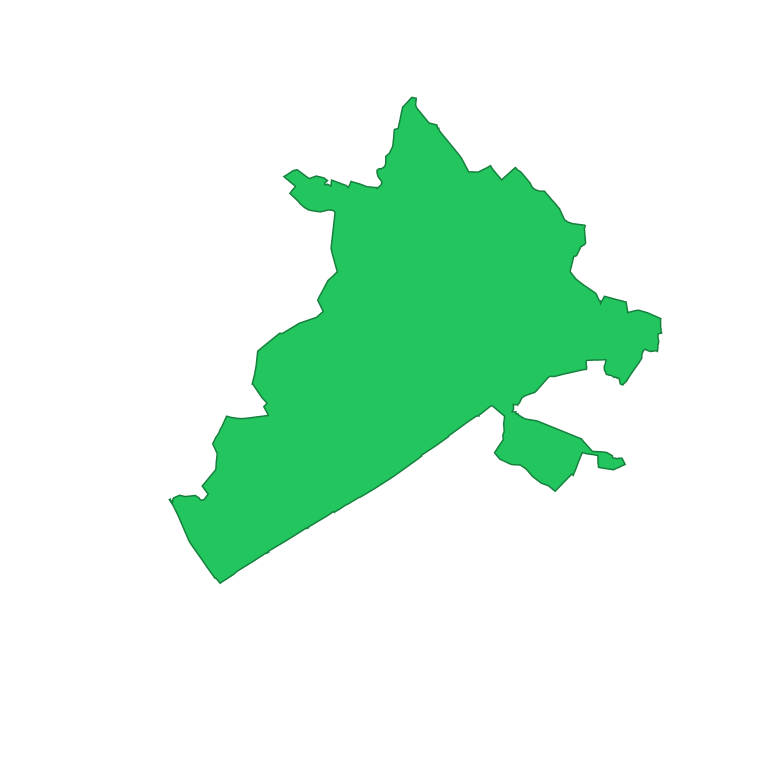 the district of Saldus pag., Saldus, Latvia, rotated 318°
{"feature_id": "27541924B25012386790133", "entity_name": "Saldus pag.", "entity_type": "district", "adm_level": 2, "iso_a3": "LVA", "parent_name": "Latvia", "parent_adm1": "Saldus", "projection": "albers", "projection_center": [22.463, 56.704], "detail": "fine", "context": "isolated", "style": "filled", "palette": "green", "viewbox_px": 768, "rotation_deg": 318, "n_neighbors": 0, "source": "geoboundaries", "source_scale": "gbopen_adm2", "svg_char_len": 6123}
<svg xmlns="http://www.w3.org/2000/svg" viewBox="0 0 768 768"><g transform="rotate(318 384 384)"><path d="M465.0,177.4L462.9,166.8L460.4,165.2L460.3,165.4L459.5,164.9L458.5,164.5L454.0,163.9L448.4,162.9L449.2,168.8L450.5,178.0L450.3,178.1L447.5,178.4L446.7,178.4L441.6,179.4L441.7,180.4L442.5,190.4L442.3,194.2L442.5,195.1L442.9,199.2L443.4,201.0L444.4,203.6L444.2,203.7L446.0,206.4L449.7,211.0L451.9,213.4L451.9,213.5L459.1,217.4L462.5,221.2L462.4,223.8L435.5,247.7L432.8,252.4L425.9,266.3L424.3,269.4L420.4,269.4L419.7,269.7L412.1,269.6L411.6,269.7L402.0,273.1L401.5,273.4L394.9,275.6L390.8,277.4L387.4,289.4L378.4,289.3L361.5,282.1L355.9,281.1L342.1,278.4L340.5,276.5L326.5,275.7L312.1,275.1L301.1,285.0L293.0,291.2L286.0,295.8L286.5,296.3L286.2,297.9L285.1,305.6L284.2,312.2L284.2,319.6L284.0,320.0L283.3,320.2L279.5,320.4L277.5,328.7L276.9,329.9L273.1,327.3L261.0,318.9L257.3,316.3L254.5,314.0L251.4,310.7L248.0,306.5L245.5,302.6L235.2,307.1L232.1,308.1L228.3,310.0L223.1,311.2L221.1,312.1L216.9,313.7L216.7,313.8L213.6,323.8L213.2,324.3L212.9,324.6L211.9,325.5L209.6,327.7L208.3,328.7L201.7,335.1L194.7,336.1L180.6,338.2L179.6,348.1L173.1,349.5L170.5,348.2L170.0,346.9L170.4,345.3L169.2,340.6L161.0,334.7L157.6,329.9L151.6,327.9L150.6,328.0L147.2,330.8L148.1,326.4L147.1,326.3L146.0,333.1L144.5,338.7L142.4,345.8L140.9,350.0L134.8,368.1L134.2,369.9L133.6,372.8L133.1,376.2L131.1,393.1L131.0,393.6L130.4,398.4L129.8,403.2L128.4,415.3L128.8,415.8L129.2,416.2L128.9,422.5L130.1,422.5L144.4,424.8L149.6,424.9L170.7,428.7L171.1,428.7L183.6,430.7L183.5,431.3L186.1,431.8L186.2,430.9L207.1,435.1L230.2,439.1L230.0,439.8L231.9,440.4L232.2,439.7L253.3,443.9L261.1,445.0L261.1,445.7L261.1,446.1L261.3,446.1L265.6,446.9L266.5,447.2L273.4,448.1L276.9,449.1L282.3,450.2L289.0,451.4L290.4,452.1L294.0,452.9L305.1,455.1L325.5,458.5L329.5,459.1L359.0,462.4L363.5,462.7L363.8,462.0L367.5,462.5L383.0,464.8L396.6,466.3L397.2,465.8L421.8,468.3L431.3,469.7L433.0,471.1L433.0,470.7L437.8,471.1L448.9,471.8L449.6,472.7L450.0,473.5L450.1,474.2L451.0,480.7L451.3,483.0L452.0,488.0L452.0,488.6L450.3,490.3L446.1,493.8L443.8,497.0L441.1,500.1L439.4,500.7L437.7,501.9L436.7,503.5L435.2,505.2L427.8,507.0L420.3,509.0L420.1,509.4L419.8,517.4L424.4,528.2L425.0,529.2L426.2,530.6L429.2,533.4L431.1,535.6L432.7,541.9L432.7,546.1L432.5,552.2L434.6,563.2L438.1,569.5L439.4,578.2L463.3,576.6L463.4,578.5L470.9,574.9L475.7,572.4L481.9,569.3L485.5,567.7L488.4,572.1L492.5,576.8L495.1,580.4L491.7,584.1L489.8,586.5L489.7,586.9L487.8,589.2L487.7,589.6L493.7,597.1L496.4,600.4L496.6,600.6L496.8,601.1L499.6,602.0L502.7,603.1L506.8,604.3L509.4,605.1L510.0,603.1L511.2,598.4L510.2,597.5L510.2,597.4L508.2,595.8L507.4,595.6L507.0,595.4L506.7,594.7L504.4,591.6L505.6,590.3L505.7,590.0L505.7,589.8L503.5,583.6L500.7,580.5L493.8,573.5L493.8,565.2L493.8,562.0L493.7,561.4L494.0,556.9L473.1,514.0L472.1,512.6L470.6,510.8L465.8,504.8L464.1,500.6L464.3,500.3L463.4,497.9L463.4,497.7L463.1,496.6L463.6,496.0L462.0,494.2L463.4,493.1L460.7,490.3L463.4,489.4L466.1,486.3L466.3,485.8L466.6,486.2L469.2,488.6L469.3,488.8L469.3,489.1L470.5,488.6L471.2,488.7L472.1,488.6L472.5,488.5L475.4,487.2L477.4,486.6L480.8,487.1L487.9,489.9L489.8,490.9L491.0,491.1L492.4,491.1L508.8,489.2L509.3,489.0L512.4,489.3L515.7,492.5L524.2,496.9L537.0,504.1L542.5,507.2L544.1,508.6L544.4,508.5L545.3,507.6L546.6,506.2L546.5,505.8L546.7,505.6L547.1,505.2L548.5,503.4L549.6,502.4L550.2,502.1L550.6,502.2L554.7,505.6L557.0,507.4L557.6,507.9L557.7,508.3L558.2,508.6L562.8,512.5L563.2,512.8L565.1,514.4L564.4,515.2L561.9,517.1L559.4,518.3L557.5,520.6L556.9,521.5L556.8,522.8L556.2,524.4L556.1,525.1L555.9,525.3L555.9,526.1L556.8,527.0L557.0,527.8L558.5,529.5L558.9,530.3L559.1,532.2L559.6,533.2L560.1,533.3L560.8,533.7L561.0,534.1L560.8,534.3L560.8,535.0L561.3,535.8L562.0,535.8L562.4,536.5L562.4,537.1L562.0,537.5L562.0,537.9L561.5,538.7L560.8,540.0L559.7,542.2L560.8,544.5L561.2,544.3L566.7,544.1L567.8,543.6L573.0,542.2L576.9,541.2L587.7,538.8L592.9,537.3L593.9,536.0L596.2,534.1L597.5,533.5L599.5,532.7L601.5,533.0L601.8,534.3L603.5,537.8L603.7,538.1L608.6,541.4L609.0,542.7L611.8,540.4L612.7,539.2L613.7,538.4L614.4,538.0L616.3,536.5L617.1,535.6L617.6,534.5L618.6,532.9L620.0,531.4L620.6,530.8L621.4,530.4L622.6,530.9L624.4,531.9L625.4,529.9L626.2,529.1L627.0,528.0L627.4,527.1L628.5,525.9L630.0,524.1L632.5,521.4L633.4,520.6L627.6,507.6L622.5,499.4L619.4,497.4L612.9,494.0L613.6,493.2L616.0,489.3L618.8,485.1L617.4,483.3L616.8,482.0L614.0,478.0L606.5,466.3L598.9,469.1L600.4,467.0L600.0,466.7L599.8,466.2L600.4,463.9L601.9,459.2L601.9,457.6L598.7,444.5L597.5,438.4L597.0,435.3L596.9,434.2L596.9,432.8L597.0,432.8L597.5,425.0L610.5,416.1L610.9,416.5L612.3,417.3L613.7,417.2L622.2,413.7L626.0,414.6L628.2,414.1L636.8,402.7L639.6,400.9L639.4,400.3L633.4,393.3L631.3,390.9L629.1,386.8L628.5,384.4L628.0,382.9L631.4,372.1L631.7,371.4L631.7,371.2L631.7,369.1L631.8,366.7L632.0,365.4L631.9,364.3L631.9,363.8L632.0,362.5L632.0,361.1L631.9,359.6L632.0,357.3L632.1,351.4L632.2,349.3L632.3,348.3L632.2,348.0L628.4,344.5L628.3,344.4L627.9,343.6L626.3,340.3L626.2,339.9L625.8,336.9L627.0,332.6L627.3,326.9L627.6,318.5L627.5,317.9L626.5,314.1L626.5,313.8L626.6,311.2L626.2,311.0L608.0,311.0L608.4,297.9L608.8,295.4L609.2,293.0L606.4,292.5L595.7,289.5L588.9,283.0L592.6,268.4L592.8,266.7L593.1,264.3L593.6,253.3L593.9,247.1L594.3,238.1L594.6,233.2L595.1,231.8L595.8,230.5L595.0,230.0L596.6,226.9L592.1,220.1L593.0,200.9L594.2,197.8L599.1,193.3L596.7,189.8L596.1,189.7L595.9,189.6L595.7,189.7L583.3,190.8L583.2,190.7L580.5,192.7L580.3,192.7L573.2,198.0L565.6,203.5L565.2,203.5L562.4,201.9L561.9,201.9L561.6,202.1L557.2,206.3L549.6,213.2L542.4,216.1L537.6,216.0L535.3,218.7L532.4,221.6L531.1,222.3L530.1,222.7L528.0,222.7L525.9,222.1L524.4,220.7L521.8,220.5L520.3,222.2L518.4,225.8L517.7,232.5L515.1,234.0L512.7,234.2L510.5,233.9L510.2,233.9L510.4,233.7L503.3,225.9L500.1,219.6L495.0,211.4L492.5,212.8L489.0,214.0L488.7,211.2L481.5,197.4L477.0,201.4L475.6,197.6L473.5,196.7L474.7,194.9L478.1,195.1L477.3,190.7L472.9,184.2L465.8,181.2L465.0,177.4Z" fill="#22c55e" stroke="#15803d" stroke-width="1.5"/></g></svg>